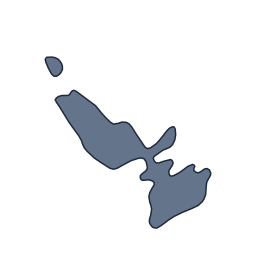 Sokh, Ferghana, Uzbekistan (Natural Earth projection), rotated 329°
{"feature_id": "79887680B62053175719936", "entity_name": "Sokh", "entity_type": "district", "adm_level": 2, "iso_a3": "UZB", "parent_name": "Uzbekistan", "parent_adm1": "Ferghana", "projection": "natural_earth1", "projection_center": [71.105, 40.075], "detail": "fine", "context": "isolated", "style": "filled", "palette": "slate", "viewbox_px": 256, "rotation_deg": 329, "n_neighbors": 0, "source": "geoboundaries", "source_scale": "gbopen_adm2", "svg_char_len": 1966}
<svg xmlns="http://www.w3.org/2000/svg" viewBox="0 0 256 256"><g transform="rotate(329 128 128)"><path d="M93.1,69.1L88.3,66.2L84.7,65.2L82.5,65.3L80.2,66.2L79.9,69.1L80.2,73.2L80.3,82.2L80.4,92.0L80.8,98.1L81.3,103.6L81.8,109.7L81.6,114.8L80.7,119.0L80.3,122.6L81.0,127.0L83.6,136.2L87.2,144.1L91.8,153.2L94.4,155.9L98.0,156.9L104.6,157.1L113.8,157.6L121.3,159.3L123.8,160.4L125.8,162.4L126.2,166.0L125.1,169.5L124.0,172.3L121.6,173.9L117.5,174.3L114.1,175.1L112.8,177.1L112.6,178.9L113.5,180.4L119.2,183.1L121.8,186.2L122.3,188.4L121.3,190.1L118.2,191.7L113.5,194.5L110.6,197.5L108.5,202.7L107.7,206.4L106.7,209.2L105.8,210.6L102.4,214.6L99.1,217.6L97.7,220.0L97.5,222.5L97.9,225.4L98.8,226.9L101.2,228.6L106.0,228.7L110.1,228.3L115.7,227.7L121.6,227.5L131.1,228.3L135.5,229.0L142.4,230.0L148.3,230.5L153.5,229.5L156.6,228.0L160.3,225.0L163.4,220.6L165.6,217.5L167.8,214.8L170.5,213.2L174.4,211.0L175.8,209.0L176.1,205.7L174.9,203.5L172.4,202.5L168.0,202.9L165.4,202.7L163.4,201.0L162.5,198.4L163.5,196.7L165.4,195.4L165.6,194.0L164.6,192.5L159.6,191.7L150.2,192.7L144.0,192.5L140.7,191.9L139.4,190.3L139.7,187.8L141.4,185.4L146.5,183.0L148.5,181.4L149.1,179.3L148.9,178.1L148.3,177.0L141.8,175.0L136.4,173.8L134.4,172.6L133.5,170.3L133.8,167.5L135.5,165.8L142.2,165.3L146.6,165.0L151.0,165.7L154.3,166.0L157.7,165.2L162.0,162.3L165.4,158.3L167.8,153.5L168.1,151.0L166.7,149.8L163.4,149.5L159.3,150.6L153.5,152.9L148.5,154.7L143.9,156.1L136.8,156.6L134.0,155.6L132.8,153.3L132.5,149.3L131.9,137.2L131.7,128.5L131.0,124.9L129.4,122.2L125.7,119.7L122.0,119.0L119.5,117.9L117.7,117.4L115.9,114.0L114.3,108.1L113.1,102.2L112.3,96.4L111.6,92.0L109.6,87.2L103.8,73.0L102.6,70.0L100.7,67.6L99.2,67.5L97.3,68.1L95.0,69.3L93.1,69.1ZM99.0,46.0L102.0,44.0L103.7,41.0L104.2,38.4L104.1,35.5L103.4,32.7L101.5,29.9L99.4,28.1L94.7,25.5L92.5,26.4L91.5,29.2L90.5,36.1L90.3,42.5L91.3,45.5L93.2,46.8L96.2,46.8L99.0,46.0Z" fill="#64748b" stroke="#1e293b" stroke-width="1.5"/></g></svg>